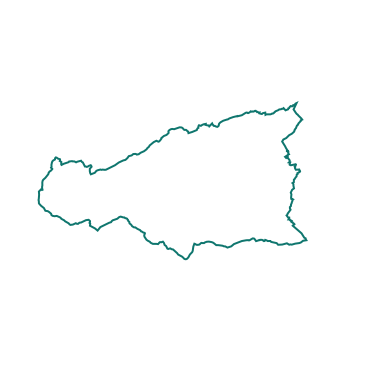 outline of Certeze, Satu Mare, Romania, rotated 148°
{"feature_id": "2599482B10692597376831", "entity_name": "Certeze", "entity_type": "district", "adm_level": 2, "iso_a3": "ROU", "parent_name": "Romania", "parent_adm1": "Satu Mare", "projection": "robinson", "projection_center": [23.542, 47.91], "detail": "fine", "context": "isolated", "style": "outline", "palette": "teal", "viewbox_px": 384, "rotation_deg": 148, "n_neighbors": 0, "source": "geoboundaries", "source_scale": "gbopen_adm2", "svg_char_len": 6004}
<svg xmlns="http://www.w3.org/2000/svg" viewBox="0 0 384 384"><g transform="rotate(148 192 192)"><path d="M146.9,101.6L143.3,99.6L138.7,98.2L137.5,95.8L136.3,95.4L135.3,94.5L131.8,93.5L128.0,91.8L126.4,91.5L123.7,91.8L120.6,90.5L120.6,91.8L120.2,92.4L121.0,93.8L121.0,98.9L124.4,110.0L122.2,110.4L122.3,111.2L122.8,111.8L122.7,112.2L122.8,113.1L123.3,113.4L123.6,114.0L123.5,114.6L122.8,114.8L122.9,115.0L123.4,115.8L123.8,116.0L124.1,116.8L123.7,116.9L123.8,117.4L124.5,117.7L123.3,118.4L123.1,118.8L124.0,119.4L124.2,122.0L123.4,122.1L122.3,123.0L117.9,124.7L117.7,125.0L117.8,125.9L117.0,127.3L115.5,127.7L114.8,128.8L113.3,129.8L112.8,130.4L112.1,130.8L110.8,132.0L110.3,132.1L110.5,132.4L110.5,132.9L110.8,133.1L111.3,133.1L111.5,133.4L111.1,134.5L108.9,137.4L108.6,139.1L105.9,140.8L103.6,141.0L102.6,143.7L102.0,144.6L101.8,145.7L102.0,146.3L100.5,146.3L99.0,148.5L97.8,148.7L96.6,149.4L95.1,149.8L94.0,151.2L92.9,151.3L92.6,152.1L90.3,151.9L89.5,152.1L89.4,152.4L89.8,152.4L89.8,152.7L89.2,154.3L92.1,155.8L92.1,157.3L91.8,158.2L91.3,158.6L91.3,159.0L91.0,158.9L90.9,159.2L89.7,159.8L89.3,160.2L89.4,160.6L94.0,162.3L94.7,163.3L94.5,163.9L93.1,165.0L94.0,165.7L93.1,165.9L92.4,167.1L92.6,169.7L92.8,169.9L92.7,170.3L92.3,170.9L94.1,170.9L94.4,172.5L91.3,172.6L90.5,172.9L89.8,172.7L89.8,174.0L89.4,174.8L89.0,174.9L88.8,175.6L89.6,175.8L89.9,176.3L89.3,177.2L89.0,177.2L89.0,179.8L88.8,181.3L88.8,187.0L86.7,188.1L83.5,187.8L79.5,188.7L76.5,188.5L73.6,189.0L72.8,189.5L72.4,190.1L71.9,190.2L71.0,190.8L70.1,191.0L68.0,192.6L67.0,192.7L66.8,193.0L66.0,193.2L65.5,193.7L62.1,194.6L62.1,194.9L61.8,195.2L60.2,195.0L60.3,196.4L61.3,200.6L61.4,201.7L61.8,202.5L62.0,204.1L62.1,208.2L56.2,212.0L57.2,212.1L58.9,211.6L59.7,211.7L60.1,212.0L60.5,211.6L61.4,211.5L62.5,212.1L62.6,212.5L62.8,212.6L64.2,212.3L65.1,211.7L66.0,211.9L66.7,211.2L69.4,211.7L69.9,214.6L70.9,214.4L71.5,214.9L72.6,215.0L74.3,215.8L75.5,215.7L78.5,216.2L79.3,215.9L79.7,216.0L80.3,215.7L81.7,215.6L82.4,216.1L83.0,216.0L84.3,216.3L87.7,218.4L88.8,218.5L87.8,220.5L90.1,221.3L91.4,221.1L91.9,221.6L93.2,223.0L92.7,223.6L93.3,223.7L93.8,225.0L94.5,225.3L94.5,226.1L94.9,226.5L95.0,227.1L95.5,227.2L95.8,227.5L97.1,227.5L97.9,228.2L98.7,228.3L99.4,229.3L100.7,229.0L102.4,229.1L102.9,229.4L103.3,230.3L104.4,230.7L109.1,230.7L113.4,232.1L113.3,232.4L117.3,233.7L121.3,234.6L123.3,234.6L123.8,234.9L127.8,235.9L130.8,236.0L132.0,235.8L133.2,235.3L133.8,234.5L134.6,233.9L136.0,233.8L136.9,234.7L137.6,235.9L138.3,236.3L138.6,236.9L138.5,237.5L138.8,238.1L138.6,239.5L142.6,238.5L142.6,239.6L143.6,240.3L145.0,241.8L144.3,242.5L146.1,243.2L147.7,243.5L149.4,243.4L150.7,244.9L151.4,244.6L152.4,243.6L152.6,243.0L153.8,243.0L155.1,242.0L160.0,242.8L163.8,243.8L163.3,245.4L163.8,246.5L163.9,247.3L164.2,247.9L165.4,248.6L165.8,249.2L166.1,251.2L166.6,252.2L168.2,253.4L173.8,254.7L175.4,256.0L176.5,256.4L178.2,256.5L179.5,256.2L179.9,255.9L180.4,254.7L180.7,254.4L183.4,253.9L186.1,254.4L188.5,254.1L189.5,253.9L189.6,253.5L191.5,252.7L193.1,252.3L193.9,252.5L195.0,254.3L198.0,254.6L203.3,253.9L204.5,253.2L206.9,252.8L207.8,252.3L211.1,252.0L214.7,252.5L217.2,252.3L219.0,253.0L219.2,253.6L219.8,254.3L221.1,255.0L221.7,255.3L223.8,255.0L226.6,255.9L228.8,255.0L231.4,254.5L233.6,255.2L238.4,255.8L243.1,255.5L253.2,256.5L254.2,257.0L256.0,258.4L257.1,258.8L257.8,259.6L260.4,260.4L261.8,260.6L264.3,259.8L268.4,260.6L268.3,262.0L267.6,263.9L266.3,265.9L263.8,266.6L263.6,267.3L263.7,268.4L265.4,268.8L267.1,268.8L268.0,269.1L268.7,270.1L269.3,270.4L268.9,274.9L269.5,276.0L269.5,277.3L273.3,278.5L274.6,278.6L275.5,280.2L277.1,281.3L277.3,281.7L280.1,283.0L280.9,282.7L285.8,283.9L288.3,284.1L288.3,284.7L286.9,286.7L287.7,288.4L287.0,288.9L286.6,289.7L288.1,291.5L288.6,292.9L289.2,293.5L290.2,293.2L291.0,292.2L292.9,292.3L294.1,292.0L295.1,291.3L296.9,289.4L297.8,287.7L298.6,287.4L298.6,286.5L298.2,285.7L298.3,285.5L300.1,284.9L302.1,284.8L303.5,284.2L304.1,283.5L304.9,283.1L308.9,281.7L311.7,281.2L312.8,280.6L313.9,279.4L315.4,276.9L316.5,275.7L317.1,274.6L317.6,273.1L318.2,273.2L318.7,274.2L321.6,273.5L323.1,270.7L325.7,267.2L326.4,266.5L326.6,265.7L327.8,263.5L327.8,263.0L327.3,260.3L326.1,256.9L326.3,253.8L324.5,252.2L323.8,250.8L323.0,248.3L323.4,246.8L322.8,245.6L321.4,244.3L319.4,243.4L317.5,240.6L317.1,239.7L317.0,238.5L315.4,235.7L315.2,234.5L313.2,230.8L313.0,229.4L312.5,228.5L310.3,227.5L307.1,227.1L306.5,226.1L305.6,225.4L303.7,225.6L302.2,224.9L296.8,224.3L294.4,223.2L293.9,221.4L294.4,220.6L295.3,220.1L295.1,219.1L296.4,217.5L293.6,212.6L292.5,209.3L288.3,210.8L278.5,209.8L276.6,209.3L275.5,209.8L274.3,210.0L269.5,208.9L267.0,209.3L265.5,208.9L263.8,206.9L262.8,206.2L262.5,205.2L261.6,204.4L261.2,203.7L261.3,202.5L261.1,202.2L261.4,201.2L261.0,199.8L261.5,198.9L261.6,198.4L260.9,196.5L260.9,194.8L260.7,194.3L259.9,192.7L258.8,192.0L257.9,189.8L256.2,187.1L256.1,185.7L255.7,185.4L254.9,183.6L253.8,182.4L253.9,181.8L255.4,180.7L255.9,179.6L256.0,179.0L255.9,175.6L255.3,174.1L254.1,172.1L254.0,170.9L252.7,168.8L249.7,166.9L248.4,165.8L246.0,166.5L245.3,166.2L244.8,165.7L243.0,165.3L242.8,163.5L243.3,161.6L242.6,159.8L242.9,157.1L242.4,156.3L240.8,155.9L240.2,155.6L239.7,154.4L238.5,153.3L237.0,148.0L236.9,146.3L234.7,142.5L234.2,140.8L234.0,139.5L233.6,138.9L232.8,138.2L231.6,138.0L229.7,138.5L226.9,140.1L223.7,140.9L222.6,141.7L219.8,145.0L217.4,146.9L216.9,146.3L216.7,145.7L215.8,144.5L214.6,143.9L213.5,143.5L211.6,143.9L210.7,143.7L210.3,143.2L208.8,142.3L207.8,142.4L205.9,142.0L204.0,141.0L201.8,139.0L200.8,137.6L199.6,134.1L197.6,132.8L194.5,130.2L193.8,129.1L192.6,128.2L191.4,126.1L187.5,125.1L184.0,125.6L175.7,124.0L171.5,122.3L169.6,121.2L169.5,120.9L169.0,120.6L165.2,120.5L164.7,120.2L163.9,119.4L163.7,116.4L161.6,115.8L160.4,115.7L160.2,115.3L159.1,115.1L158.0,114.3L157.3,113.3L157.4,113.1L157.0,112.2L156.3,112.0L155.3,112.6L154.4,111.5L153.8,110.3L151.5,108.9L151.5,108.2L151.0,107.4L147.3,103.8L146.9,101.6Z" fill="none" stroke="#0f766e" stroke-width="2"/></g></svg>